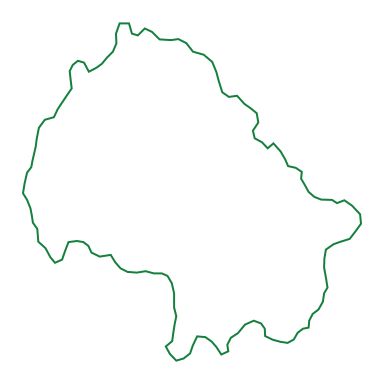 outline of Queluzito, Minas Gerais, Brazil
{"feature_id": "56859067B25947012466154", "entity_name": "Queluzito", "entity_type": "district", "adm_level": 2, "iso_a3": "BRA", "parent_name": "Brazil", "parent_adm1": "Minas Gerais", "projection": "robinson", "projection_center": [-43.889, -20.731], "detail": "fine", "context": "isolated", "style": "outline", "palette": "green", "viewbox_px": 384, "rotation_deg": 0, "n_neighbors": 0, "source": "geoboundaries", "source_scale": "gbopen_adm2", "svg_char_len": 1796}
<svg xmlns="http://www.w3.org/2000/svg" viewBox="0 0 384 384"><path d="M176.3,360.6L183.6,358.5L190.1,353.4L192.7,345.8L197.1,336.4L205.3,337.1L211.6,341.5L216.3,346.9L221.3,354.5L228.3,351.3L227.3,344.8L230.8,337.8L238.0,333.1L245.0,324.6L253.8,320.7L261.1,323.5L264.8,328.7L265.1,336.0L272.6,339.7L280.4,341.8L287.6,342.9L293.8,339.5L297.7,332.7L303.0,328.7L308.6,327.6L309.2,320.7L312.7,313.9L318.5,309.5L322.9,301.7L324.1,293.3L327.5,287.6L326.1,278.6L324.1,267.6L324.4,258.4L325.9,249.6L333.6,244.2L340.6,241.7L349.7,238.9L355.6,231.2L361.0,223.8L360.1,214.3L352.1,205.7L344.3,200.3L337.0,203.1L332.0,199.9L321.3,199.6L314.3,196.9L308.6,191.9L305.0,185.3L301.1,178.7L301.8,171.9L295.7,167.8L288.1,166.1L285.1,159.2L280.6,151.4L273.4,143.4L267.7,148.3L262.0,142.3L254.7,138.3L252.9,130.7L258.3,122.5L256.7,113.2L250.4,108.1L244.4,103.9L237.1,95.8L228.9,96.9L222.3,92.3L218.6,80.5L216.4,72.1L212.2,61.9L203.7,54.7L193.0,51.7L186.3,43.1L178.4,39.1L170.9,40.1L159.6,39.4L152.0,31.9L144.8,28.5L137.8,35.4L131.9,33.6L129.0,23.4L119.6,23.4L116.0,33.6L116.4,43.4L112.9,51.7L106.9,57.7L101.9,63.8L96.5,67.7L88.9,71.7L84.0,62.6L77.9,60.8L72.8,64.9L69.7,71.1L70.6,79.5L71.7,88.4L66.9,95.4L61.8,103.0L57.8,109.0L53.9,117.2L44.8,119.8L38.9,127.8L36.7,139.0L35.7,146.8L34.1,153.7L32.5,160.6L31.3,167.1L27.1,172.6L24.6,183.4L23.0,193.3L27.1,199.9L30.5,208.5L31.9,215.9L32.9,222.7L37.3,228.9L38.3,241.7L45.5,248.2L50.4,257.3L55.0,262.8L62.1,259.6L64.9,251.5L68.5,242.1L77.0,241.0L83.4,242.1L88.3,245.8L91.5,252.6L99.7,256.6L110.7,254.9L115.4,262.5L120.5,268.3L127.5,271.9L136.8,272.6L145.6,271.2L153.9,273.4L161.8,273.4L167.5,275.9L171.8,283.2L174.1,293.4L174.1,307.5L176.3,316.3L174.7,323.9L173.4,332.3L172.2,341.1L165.8,346.5L170.0,354.1L176.3,360.6Z" fill="none" stroke="#15803d" stroke-width="2"/></svg>